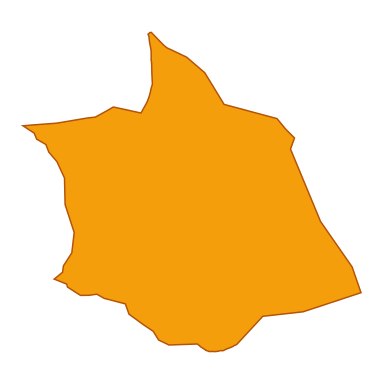 the district of Darvi, Hovd, Mongolia
{"feature_id": "93677404B97988329611123", "entity_name": "Darvi", "entity_type": "district", "adm_level": 2, "iso_a3": "MNG", "parent_name": "Mongolia", "parent_adm1": "Hovd", "projection": "robinson", "projection_center": [93.606, 47.084], "detail": "fine", "context": "isolated", "style": "filled", "palette": "amber", "viewbox_px": 384, "rotation_deg": 0, "n_neighbors": 0, "source": "geoboundaries", "source_scale": "gbopen_adm2", "svg_char_len": 1692}
<svg xmlns="http://www.w3.org/2000/svg" viewBox="0 0 384 384"><path d="M320.6,221.6L290.5,149.1L294.5,138.0L285.8,129.3L277.0,118.6L224.1,104.4L211.4,83.6L204.8,72.8L186.7,57.2L166.5,47.6L165.9,47.1L165.7,46.8L163.9,45.3L162.3,43.8L151.3,32.4L149.7,32.6L149.4,33.0L148.8,33.6L148.0,34.2L148.5,35.4L148.9,36.5L149.1,38.3L149.3,40.4L149.5,41.8L150.3,46.3L150.6,47.5L150.7,48.6L151.1,50.3L151.1,50.9L151.2,54.8L151.2,57.2L151.2,58.5L151.1,59.3L151.1,59.9L151.4,61.0L151.7,64.9L151.7,66.6L151.9,74.0L152.4,84.1L151.2,88.1L150.6,90.4L150.6,91.2L149.0,97.0L147.0,102.2L141.0,113.0L113.3,107.0L107.0,110.7L95.3,117.1L87.4,118.0L56.3,123.2L32.1,125.0L25.6,125.6L23.0,125.8L34.2,133.2L36.7,139.2L45.9,144.5L48.8,152.1L56.9,161.6L64.5,178.0L65.1,204.6L74.2,232.5L71.8,252.9L63.4,265.9L62.6,272.2L54.2,279.1L66.7,284.1L67.5,287.1L80.5,295.4L89.1,295.3L96.8,294.2L104.3,298.4L125.4,303.9L129.0,314.2L143.4,324.7L153.2,331.3L158.7,340.1L169.0,345.0L197.4,344.0L198.3,344.8L198.6,345.0L199.5,345.7L199.8,345.9L200.1,346.4L200.9,347.0L201.6,347.4L201.9,347.6L202.5,348.0L203.0,348.4L204.1,349.0L204.3,349.1L204.7,349.4L205.0,349.7L205.5,349.9L205.6,350.2L206.0,350.3L206.5,350.5L206.8,350.7L207.0,350.8L207.5,350.9L207.8,350.9L208.6,351.3L209.4,351.6L209.9,351.6L210.3,351.5L212.3,351.5L213.6,351.5L215.4,351.6L216.3,351.5L217.4,351.3L218.5,351.2L220.1,350.7L221.1,350.5L221.4,350.7L221.7,350.7L222.4,350.7L223.0,350.7L224.3,350.2L225.4,349.5L229.2,348.0L229.7,347.9L230.0,347.6L230.7,347.5L231.4,347.2L232.2,346.8L234.1,345.7L234.7,345.3L235.4,345.1L236.2,344.7L236.8,344.4L262.8,316.3L303.1,311.8L361.0,292.7L352.1,266.9L320.6,221.6L320.6,221.6Z" fill="#f59e0b" stroke="#b45309" stroke-width="1.5"/></svg>